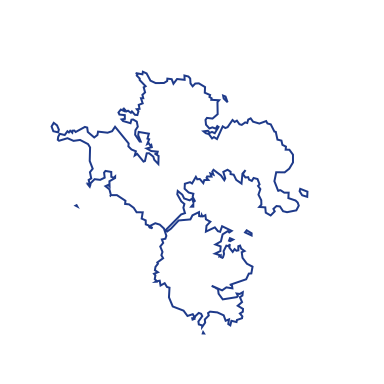 Tasman, Tasmania, Australia, rotated 147°
{"feature_id": "25037944B3196758006224", "entity_name": "Tasman", "entity_type": "district", "adm_level": 2, "iso_a3": "AUS", "parent_name": "Australia", "parent_adm1": "Tasmania", "projection": "orthographic", "projection_center": [147.839, -43.044], "detail": "fine", "context": "isolated", "style": "outline", "palette": "blue", "viewbox_px": 384, "rotation_deg": 147, "n_neighbors": 0, "source": "geoboundaries", "source_scale": "gbopen_adm2", "svg_char_len": 6092}
<svg xmlns="http://www.w3.org/2000/svg" viewBox="0 0 384 384"><g transform="rotate(147 192 192)"><path d="M181.9,96.4L185.0,101.9L185.5,109.3L183.1,114.4L180.1,113.9L181.6,117.7L180.9,120.9L182.7,121.3L184.9,117.8L186.7,118.5L187.4,120.9L190.5,119.6L191.0,125.0L188.7,127.6L190.9,126.8L192.4,128.3L197.7,125.2L198.9,122.6L201.5,120.4L202.3,120.2L203.3,121.7L202.4,123.2L204.1,123.2L203.4,124.3L206.3,127.8L200.4,127.0L197.6,130.8L200.9,135.2L194.7,134.8L189.4,139.8L183.3,139.7L182.8,137.8L179.9,137.8L185.4,146.9L190.1,143.3L191.6,145.0L192.1,149.9L201.9,151.2L198.2,155.8L192.8,157.1L195.2,161.5L193.4,165.3L196.2,165.6L199.1,167.9L197.1,171.3L204.3,172.2L208.3,169.9L218.7,175.4L229.7,172.7L234.3,172.4L234.7,174.4L213.3,179.1L209.4,178.1L207.8,183.5L204.9,186.1L206.1,190.0L205.6,198.1L203.4,200.6L201.6,195.0L202.1,190.8L198.5,186.3L195.5,186.4L196.4,182.9L194.5,183.0L194.1,187.5L191.8,189.8L195.1,193.4L196.4,198.8L193.5,202.8L188.3,201.3L187.3,199.1L180.5,202.6L180.7,199.8L178.4,198.7L177.7,193.3L175.2,195.3L171.7,193.2L172.1,196.0L170.8,196.8L167.3,194.3L166.5,197.5L164.6,194.9L163.9,198.0L161.9,198.9L158.7,190.1L158.5,184.3L156.7,185.3L154.8,191.8L150.1,191.3L148.6,188.0L149.9,186.0L147.6,183.8L148.3,178.1L145.9,172.1L139.7,179.9L135.2,181.2L139.6,179.4L139.3,175.1L136.8,173.8L137.4,171.3L135.8,168.7L132.7,170.2L130.0,167.2L131.2,161.6L133.3,161.1L133.1,157.2L137.7,153.6L138.4,147.4L140.7,143.6L143.7,142.8L138.9,139.2L141.4,134.5L138.8,129.5L133.2,130.7L132.9,133.5L128.8,134.2L126.1,132.0L126.1,126.3L123.3,123.3L114.5,119.8L109.9,122.4L109.1,125.6L109.8,128.5L114.5,134.4L111.3,138.8L115.0,141.2L116.8,145.3L117.6,145.8L118.7,145.8L119.1,146.1L117.0,156.2L110.6,162.7L103.6,158.0L97.7,158.6L91.2,161.8L87.0,168.3L87.3,174.4L90.4,176.5L88.5,178.9L90.5,182.3L89.0,186.4L91.8,189.4L89.0,196.8L90.0,197.8L89.1,205.8L91.4,208.4L91.2,211.1L98.2,212.7L102.5,217.7L102.7,221.8L105.4,222.1L108.1,219.8L109.5,221.4L113.7,221.2L115.3,223.0L115.5,227.4L118.1,227.5L118.8,230.3L126.8,227.0L129.2,227.5L130.5,230.3L142.2,222.8L143.7,226.1L146.0,226.0L146.3,231.3L148.4,233.8L149.3,236.6L145.3,234.7L144.9,231.9L142.5,231.5L140.9,228.9L134.3,232.1L134.9,233.5L137.6,232.2L139.7,235.1L142.8,235.8L143.6,240.8L141.4,245.1L139.1,246.0L134.8,242.4L128.1,243.3L121.7,253.5L119.3,254.2L125.6,258.8L124.5,259.9L125.6,262.2L124.0,263.5L127.2,268.3L123.9,272.9L127.1,279.4L130.2,281.2L133.9,280.3L134.1,283.9L131.7,288.2L132.1,290.8L134.9,293.8L137.1,290.1L143.0,294.9L148.6,292.9L147.6,297.7L150.9,300.5L152.4,298.6L156.2,298.7L163.2,303.2L166.2,308.0L165.5,316.2L167.7,319.6L169.5,317.7L174.4,322.4L173.4,320.4L174.9,319.7L174.1,315.6L174.9,314.4L173.3,306.0L175.5,306.1L177.1,301.1L180.7,300.5L181.8,297.2L183.7,298.4L185.1,293.2L189.2,294.1L190.7,290.3L193.2,291.5L192.9,288.9L195.9,286.3L197.8,287.8L198.5,292.3L200.1,291.7L201.4,295.0L203.1,295.3L203.8,299.9L204.8,296.9L206.8,299.9L210.4,298.7L210.7,296.5L206.5,293.1L208.5,289.9L211.5,291.2L211.2,289.1L206.1,283.2L203.4,285.6L201.9,284.9L200.0,281.1L201.9,276.3L205.8,274.6L208.5,271.0L208.4,262.8L207.5,262.2L206.2,269.0L204.0,271.4L196.4,264.4L200.3,261.0L199.2,259.6L203.4,256.6L201.7,256.4L201.7,253.6L200.5,253.7L201.3,251.5L206.3,253.2L203.9,248.6L198.8,244.5L200.8,242.8L202.4,244.7L200.4,240.4L205.0,233.8L206.1,239.6L205.2,242.7L206.9,247.9L208.9,249.1L214.6,243.6L216.1,243.9L217.2,253.8L220.1,253.8L216.9,256.7L219.6,260.6L220.5,264.9L218.7,267.2L221.0,288.6L225.9,286.5L230.5,287.7L237.9,293.8L240.3,291.3L244.3,291.0L246.7,299.1L244.8,303.1L246.4,304.9L256.9,305.7L257.2,307.6L258.8,308.5L260.1,307.0L260.8,309.7L262.8,309.0L263.4,310.8L267.7,309.1L271.2,312.8L274.1,311.2L276.1,308.9L275.6,307.4L267.1,304.9L263.5,299.4L257.5,296.6L253.1,288.8L253.2,284.9L260.9,273.7L262.6,265.6L266.8,264.2L269.1,258.3L272.1,258.4L273.5,254.3L266.7,255.8L262.4,252.2L257.4,251.6L255.2,256.1L253.1,256.8L248.8,252.8L251.4,248.7L250.0,246.6L248.0,246.9L248.9,245.6L255.4,246.0L258.1,241.6L258.5,243.6L261.4,244.0L259.8,239.2L261.7,233.5L256.7,230.3L252.6,220.9L254.6,218.4L251.5,215.9L249.5,210.5L249.5,205.2L244.4,201.8L248.7,197.1L246.3,193.4L248.4,190.0L246.6,187.6L246.9,185.6L246.1,184.5L245.4,186.4L239.8,185.8L236.8,182.2L235.4,176.7L237.4,169.2L239.8,167.3L243.1,168.6L243.9,165.0L248.3,163.6L249.4,157.8L252.1,155.7L252.3,152.2L259.5,151.8L259.6,150.4L263.4,149.1L265.7,146.6L264.3,143.3L268.4,144.1L268.1,142.0L270.7,139.2L270.0,136.3L267.4,135.2L269.3,130.7L264.6,130.4L264.7,126.0L263.0,124.0L268.7,116.2L270.5,106.5L263.7,97.1L263.3,90.5L257.9,89.1L258.1,85.8L252.2,86.9L250.7,84.9L251.0,82.3L257.2,79.9L258.4,77.2L256.1,74.6L257.0,73.3L252.1,75.3L250.7,78.1L245.2,79.3L244.5,81.7L242.0,81.8L236.3,77.2L232.6,71.3L233.9,65.7L230.4,65.0L233.5,61.5L232.5,59.3L229.1,62.5L225.5,58.7L224.0,60.2L218.8,58.9L217.5,60.3L218.0,64.0L214.6,63.9L212.9,66.2L215.6,71.7L210.0,72.4L209.1,77.7L206.1,77.7L204.0,80.3L207.5,80.5L209.8,82.5L210.1,79.9L211.6,79.4L224.7,85.2L225.1,92.2L222.9,96.7L224.0,97.7L224.7,99.5L225.7,100.8L226.2,101.8L226.5,102.6L220.3,93.1L215.1,93.3L210.6,89.2L209.5,91.5L210.2,93.0L210.1,93.3L194.1,89.3L188.8,92.6L186.6,91.4L181.9,96.4ZM269.7,316.8L268.9,321.4L270.3,325.3L274.1,323.4L275.2,318.5L271.8,315.0L269.7,316.8ZM99.5,135.7L101.3,134.1L101.4,129.3L98.0,125.2L95.0,129.4L99.5,135.7ZM164.5,124.9L167.0,130.1L169.5,129.2L165.7,123.1L164.5,124.9ZM111.9,253.8L113.4,255.9L114.5,253.2L113.3,247.9L111.9,253.8ZM183.4,129.7L185.3,132.6L187.5,131.0L186.8,130.0L183.4,129.7ZM198.9,179.0L197.6,181.0L200.6,180.1L198.9,179.0ZM275.1,254.2L274.9,252.1L274.0,252.8L275.1,254.2ZM296.1,242.3L296.0,243.8L297.0,243.9L296.1,242.3ZM258.5,85.4L260.0,85.6L260.2,84.5L258.9,84.2L258.5,85.4ZM274.1,254.7L273.9,253.0L273.2,253.6L274.1,254.7ZM259.0,66.8L259.0,68.3L260.0,67.5L259.0,66.8ZM244.6,183.3L245.3,184.6L245.9,184.3L244.6,183.3ZM258.4,85.5L257.9,84.5L257.9,85.4L258.4,85.5ZM260.3,85.1L260.7,85.6L260.9,85.0L260.3,85.1ZM196.5,166.4L196.4,167.2L197.0,166.5L196.5,166.4ZM270.8,136.2L270.8,136.6L271.5,136.6L270.8,136.2ZM262.3,233.0L263.1,233.2L263.3,233.2L262.3,233.0Z" fill="none" stroke="#1e3a8a" stroke-width="2"/></g></svg>